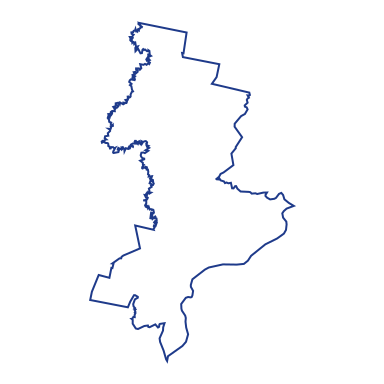 the district of La Capital, Santa Fe, Argentina
{"feature_id": "61730980B6439123039884", "entity_name": "La Capital", "entity_type": "district", "adm_level": 2, "iso_a3": "ARG", "parent_name": "Argentina", "parent_adm1": "Santa Fe", "projection": "mercator", "projection_center": [-60.794, -31.494], "detail": "fine", "context": "isolated", "style": "outline", "palette": "blue", "viewbox_px": 384, "rotation_deg": 0, "n_neighbors": 0, "source": "geoboundaries", "source_scale": "gbopen_adm2", "svg_char_len": 5997}
<svg xmlns="http://www.w3.org/2000/svg" viewBox="0 0 384 384"><path d="M181.2,304.0L185.8,297.8L188.1,297.0L190.8,297.4L191.7,297.0L192.4,295.4L193.1,290.9L190.9,286.9L190.8,285.0L192.4,279.3L204.9,269.6L208.8,267.5L222.9,264.4L236.8,264.6L243.9,263.9L247.9,260.7L251.1,255.8L265.4,244.3L277.1,238.5L283.9,233.6L286.0,229.9L286.6,224.4L286.3,221.6L283.1,217.6L282.3,213.3L283.8,211.1L286.6,208.6L293.8,205.9L288.8,202.9L284.4,199.3L283.1,195.0L281.3,192.9L279.0,193.9L276.0,197.9L274.3,198.8L270.1,199.4L267.1,197.7L265.5,196.0L265.5,194.9L267.0,192.5L263.3,192.6L257.2,194.0L255.5,193.3L251.7,193.6L250.3,192.2L248.9,191.9L240.6,191.5L237.4,188.7L236.1,186.1L235.2,186.1L233.5,188.4L232.1,188.3L230.9,182.8L228.4,183.3L226.5,182.5L225.0,183.1L223.9,181.4L220.7,180.4L219.5,178.6L219.3,179.5L216.7,179.3L216.4,179.0L219.1,176.7L220.6,173.9L223.5,172.5L233.4,165.1L231.4,153.6L235.8,148.2L235.7,147.1L242.1,137.2L234.6,126.7L234.7,123.7L241.1,116.1L244.9,114.0L247.6,109.4L246.7,107.4L244.9,106.6L244.7,105.4L247.6,102.7L246.8,99.9L247.5,98.6L248.9,97.7L247.6,95.4L249.3,95.5L249.9,95.0L249.3,92.6L211.9,83.8L216.6,77.1L219.3,64.2L182.9,57.1L182.1,53.0L183.5,53.3L186.6,32.5L139.6,23.0L140.4,23.9L140.0,24.1L138.5,23.2L138.4,24.0L142.6,27.4L140.5,26.8L140.3,28.3L139.0,28.8L138.9,30.4L137.8,29.7L137.4,31.4L136.6,30.6L136.4,32.3L135.5,29.0L135.0,30.6L133.7,30.8L133.2,32.1L131.4,32.4L131.6,33.8L133.6,34.7L132.0,36.8L132.8,37.8L132.4,38.4L131.3,37.0L129.8,37.0L130.4,38.3L131.8,39.4L131.3,40.4L130.6,39.1L130.2,40.0L130.8,40.9L132.1,41.2L132.3,42.8L133.2,41.9L134.1,42.3L134.2,43.8L135.3,42.8L136.0,46.9L137.8,46.4L137.0,47.8L135.9,47.3L135.3,47.9L135.5,51.2L138.0,48.6L140.5,53.3L141.9,53.1L142.5,49.8L143.2,49.1L144.1,50.0L145.0,49.5L147.1,51.2L148.6,51.1L148.5,50.3L149.4,50.9L149.7,54.2L148.2,54.5L148.3,55.6L150.0,55.1L151.0,55.9L148.9,56.7L148.0,58.2L147.7,57.3L146.3,59.4L146.8,60.4L147.9,59.0L149.0,59.1L149.7,60.0L148.4,60.3L148.3,61.5L149.9,62.6L149.2,64.1L148.0,63.3L146.6,64.8L145.0,63.9L143.5,64.8L140.2,64.2L141.3,68.2L139.9,69.7L139.0,68.4L136.1,68.4L136.1,69.7L137.8,70.5L137.6,71.9L135.7,73.5L135.4,71.9L133.8,72.2L134.7,73.8L132.8,74.9L135.1,76.3L134.6,76.8L132.8,76.0L132.4,78.1L134.1,77.3L134.9,79.3L134.6,80.1L130.8,79.4L129.8,80.3L129.2,81.9L131.5,83.9L130.0,85.1L131.4,86.2L132.0,89.7L133.0,91.4L131.8,91.9L130.6,94.5L130.6,96.5L130.1,97.2L129.2,97.6L128.4,96.5L127.7,96.6L128.0,99.2L127.6,100.1L126.9,100.5L126.5,99.7L125.5,100.0L126.9,101.7L126.4,103.0L123.3,102.6L123.2,103.3L124.7,103.4L123.2,104.3L120.1,102.5L119.7,104.5L118.2,102.7L115.7,103.3L115.7,104.9L117.9,105.3L118.2,106.4L117.0,107.6L114.6,106.5L113.3,106.9L114.4,108.5L115.5,108.6L114.6,109.8L114.8,111.2L112.1,111.0L110.8,112.0L110.8,112.5L112.1,112.3L112.1,113.6L111.2,115.0L110.0,113.8L108.3,114.1L108.8,115.2L110.2,115.6L109.7,117.4L108.3,116.1L107.7,118.0L109.0,119.7L109.2,121.8L111.2,122.6L110.7,123.8L111.2,125.3L112.0,125.6L112.8,124.8L112.9,125.9L110.7,126.5L111.1,127.6L110.6,128.9L108.6,128.8L110.1,129.8L110.1,131.0L107.8,133.2L108.3,135.7L105.1,136.3L104.7,138.2L106.2,139.4L105.2,139.5L104.6,140.7L102.6,140.8L101.7,141.6L102.0,142.7L104.1,141.7L105.3,142.9L107.7,143.1L108.3,144.0L108.3,146.0L109.4,146.5L110.0,148.5L110.7,148.4L111.3,147.1L113.1,147.2L114.2,148.3L115.3,147.8L113.3,151.3L113.1,152.6L113.6,153.0L118.4,152.1L118.9,150.4L117.7,149.6L118.3,147.9L120.4,149.1L121.9,147.9L122.0,149.3L122.8,148.6L121.8,147.3L122.8,147.1L123.3,148.1L124.3,148.6L124.5,151.2L125.9,148.2L128.2,149.0L129.9,148.4L130.1,147.6L128.4,148.0L129.3,146.3L130.5,146.1L130.6,145.6L132.9,146.8L133.0,146.2L131.5,145.5L131.1,144.5L132.9,143.5L135.6,143.6L134.6,141.8L135.0,140.9L135.9,140.9L138.0,143.9L138.5,142.8L137.3,142.2L139.1,141.3L139.6,143.2L140.8,144.3L141.4,143.7L141.3,141.1L141.9,141.4L142.1,143.5L143.1,141.9L144.6,141.3L145.8,141.1L147.1,142.3L146.5,145.1L148.5,145.9L147.7,146.5L146.7,145.6L147.0,146.8L149.1,147.9L145.6,150.2L148.1,150.9L144.9,153.1L143.4,152.5L141.4,152.7L140.7,155.2L141.1,156.5L142.3,158.1L144.2,158.6L144.2,159.3L140.2,160.7L142.8,162.7L142.9,164.6L143.8,164.9L142.2,167.2L142.2,168.3L142.7,168.5L143.8,167.2L145.2,168.0L145.6,166.8L146.9,167.3L146.8,169.6L147.9,169.6L148.3,171.8L148.0,174.3L149.1,175.1L148.7,176.6L152.0,176.2L151.4,177.9L150.0,178.6L150.8,180.5L152.1,179.7L152.9,180.0L153.2,182.3L151.9,181.1L150.3,181.3L149.6,183.3L152.3,184.6L153.3,184.3L153.0,185.0L151.1,185.7L151.6,186.9L148.9,188.6L149.4,190.5L148.9,192.1L151.0,192.6L149.4,193.6L149.0,192.8L148.3,192.8L147.2,194.2L147.0,192.8L146.2,193.9L146.8,194.3L146.9,195.5L144.8,195.1L146.0,197.6L147.7,197.8L147.5,198.6L146.7,199.7L143.2,200.5L145.8,200.4L146.2,200.9L146.3,203.2L145.1,205.3L145.7,206.7L147.3,207.5L146.0,205.5L146.4,205.2L147.8,206.5L148.0,207.8L148.7,206.7L149.7,209.5L151.0,209.1L151.8,210.0L152.7,209.5L153.4,210.0L153.9,212.6L153.5,213.3L152.2,212.9L152.2,215.1L151.0,213.6L150.4,218.2L151.3,218.4L151.8,217.1L152.5,217.0L152.7,218.8L155.2,216.5L155.6,217.1L155.2,218.4L156.5,218.6L156.7,220.7L155.1,221.1L154.1,222.4L155.1,223.5L156.1,222.0L156.8,222.5L155.6,225.9L154.0,225.5L153.8,226.3L154.6,227.5L153.4,229.1L153.7,229.8L135.2,225.5L140.0,248.4L123.4,255.5L121.6,256.8L121.2,258.3L119.6,258.3L112.3,263.5L113.5,263.7L112.4,268.1L111.4,267.9L109.4,277.8L98.7,275.0L91.9,291.7L90.2,300.0L127.9,307.3L130.2,301.7L134.0,295.2L135.1,295.2L137.8,296.8L137.8,297.7L134.9,299.4L133.2,304.1L133.6,306.5L135.0,308.0L134.2,308.9L135.5,309.5L134.7,310.5L135.4,311.9L134.8,312.7L135.4,313.2L134.6,315.0L134.7,317.1L133.4,316.9L132.4,318.6L131.5,318.8L132.7,319.8L132.7,323.7L135.8,328.5L138.0,329.0L144.3,326.0L147.9,325.5L148.3,326.9L149.6,327.2L155.3,324.4L158.0,327.5L159.1,326.8L159.4,324.4L160.0,323.9L164.5,323.2L163.2,327.3L163.0,330.6L159.6,338.3L160.1,341.9L163.6,350.6L166.1,359.3L167.1,361.0L168.0,356.2L182.4,346.0L186.0,341.8L188.1,334.3L186.2,327.6L185.5,321.7L185.8,318.0L185.2,315.6L181.9,310.6L181.4,308.6L181.2,304.0Z" fill="none" stroke="#1e3a8a" stroke-width="2"/></svg>